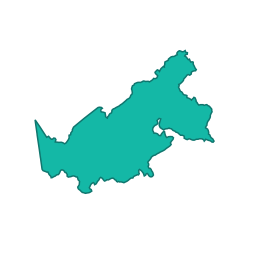 the district of Barra de São Francisco, Espírito Santo, Brazil, rotated 52°
{"feature_id": "56859067B7430516791214", "entity_name": "Barra de São Francisco", "entity_type": "district", "adm_level": 2, "iso_a3": "BRA", "parent_name": "Brazil", "parent_adm1": "Espírito Santo", "projection": "robinson", "projection_center": [-40.814, -18.663], "detail": "fine", "context": "isolated", "style": "filled", "palette": "teal", "viewbox_px": 256, "rotation_deg": 52, "n_neighbors": 0, "source": "geoboundaries", "source_scale": "gbopen_adm2", "svg_char_len": 5648}
<svg xmlns="http://www.w3.org/2000/svg" viewBox="0 0 256 256"><g transform="rotate(52 128 128)"><path d="M64.4,196.2L67.1,197.8L68.5,198.6L76.7,203.3L77.6,203.9L85.0,208.1L88.0,209.8L90.3,211.1L93.4,212.9L95.8,214.3L97.2,215.1L98.7,215.9L100.5,217.0L107.6,221.1L109.2,221.2L110.3,220.6L111.7,219.7L112.8,219.1L113.5,218.2L114.7,218.5L116.1,218.8L117.5,218.7L118.6,218.6L119.9,219.2L120.5,218.1L120.6,216.6L121.1,215.0L121.0,213.0L121.8,211.7L121.6,210.4L121.0,209.1L120.1,207.6L120.0,206.4L120.8,205.4L122.0,204.8L123.0,204.9L124.2,205.0L124.9,204.3L126.3,204.5L127.4,204.5L128.3,205.6L129.9,205.3L130.6,204.0L131.2,202.9L131.6,201.5L132.3,200.3L133.5,199.5L134.5,199.1L135.4,198.2L136.5,198.5L138.1,199.2L139.4,199.0L140.5,199.2L141.2,200.0L142.6,201.2L143.2,202.7L143.6,204.0L144.5,204.4L145.5,204.6L146.5,204.4L147.5,204.1L148.6,204.0L150.6,203.7L151.8,202.7L153.2,201.8L154.0,200.3L155.0,198.5L155.3,197.1L155.4,195.4L153.8,194.9L152.5,195.5L151.2,195.2L150.5,193.7L149.7,192.2L149.4,190.9L149.6,189.0L150.6,188.7L152.1,189.2L152.4,187.6L152.0,186.4L151.3,184.9L151.2,183.7L150.9,182.6L150.2,181.5L150.1,179.9L151.3,179.4L152.3,179.2L153.9,179.3L155.3,179.2L155.8,177.9L155.7,176.7L156.9,175.2L157.1,173.8L157.3,172.5L157.8,171.3L158.7,170.4L159.7,170.3L160.7,170.2L161.9,169.6L163.0,169.9L164.1,169.4L164.3,168.3L165.4,167.8L166.1,166.7L167.1,165.9L168.6,164.9L168.9,163.4L169.3,161.8L169.4,160.1L169.3,158.3L169.3,156.5L170.4,154.9L169.8,153.7L169.8,152.5L170.3,150.8L170.5,149.5L171.4,148.6L170.9,147.2L169.9,147.0L168.9,146.2L168.0,145.7L167.7,144.5L168.9,144.0L170.5,143.7L173.3,143.8L174.3,144.2L175.8,144.7L176.0,143.1L175.4,142.2L175.6,140.9L176.7,140.7L178.1,140.9L179.5,140.8L180.7,140.0L181.2,138.6L180.7,136.9L179.4,136.3L178.1,135.8L176.3,135.7L174.9,135.3L173.6,135.3L172.9,136.2L171.8,136.1L170.5,135.7L170.0,134.5L168.9,133.8L167.4,133.6L166.8,132.7L166.7,131.5L166.4,130.3L166.1,128.9L165.4,127.7L165.3,126.1L165.5,124.5L166.1,123.3L166.2,122.0L166.3,120.5L166.7,118.9L166.8,117.5L167.2,115.9L167.6,114.0L167.8,112.4L167.7,111.2L167.7,109.9L167.8,108.6L167.9,107.0L167.9,105.5L167.5,104.1L165.9,103.8L165.2,102.1L164.9,100.8L164.7,99.6L163.7,98.2L162.0,98.5L160.8,99.9L159.8,101.4L159.4,103.3L158.0,103.4L156.1,102.8L154.5,102.1L153.6,101.5L152.7,101.8L152.8,103.3L153.1,104.6L153.5,105.9L154.1,106.9L153.1,108.1L152.0,108.3L150.9,108.3L150.0,108.8L149.0,109.5L148.1,110.7L146.7,110.3L144.9,110.0L144.1,109.2L143.3,108.3L142.7,106.5L142.6,104.9L142.9,103.9L142.9,102.1L141.7,101.0L140.0,100.5L139.7,98.8L139.6,97.6L141.0,96.6L142.2,98.4L143.3,99.9L144.1,100.9L145.4,101.9L147.5,102.4L149.1,101.9L150.3,101.5L151.5,100.9L151.7,99.1L152.4,98.0L153.0,97.0L153.3,95.7L154.3,95.3L155.3,94.3L157.7,94.0L159.3,93.0L160.8,92.8L161.8,92.0L163.2,91.5L164.5,91.4L166.1,91.0L167.1,89.7L168.6,88.8L169.8,89.2L170.5,90.0L171.8,89.5L172.9,89.0L173.7,88.3L174.0,86.6L175.0,85.8L176.2,85.2L177.4,84.4L178.4,83.2L178.9,81.2L180.0,79.7L180.6,78.1L181.4,77.2L182.1,76.4L183.2,75.9L184.2,75.7L185.3,76.0L185.1,74.8L184.7,73.8L185.6,73.1L187.1,72.3L188.8,71.0L190.8,70.5L191.6,69.6L191.3,68.3L189.9,68.1L188.5,67.9L187.2,68.4L185.8,68.4L183.8,67.8L182.4,68.3L181.4,67.3L180.3,66.7L179.3,66.3L178.0,66.0L176.9,66.3L175.6,66.8L174.8,65.8L174.4,64.1L173.2,63.1L172.5,62.0L171.9,61.1L171.7,59.8L171.1,58.5L170.5,57.1L169.8,56.2L168.6,55.2L167.6,53.4L167.0,51.8L165.7,51.2L164.7,50.4L162.7,50.4L161.0,50.5L159.4,51.3L158.1,51.5L157.4,52.9L157.0,54.1L155.8,54.5L155.0,55.6L154.2,56.6L153.6,58.0L152.1,58.2L150.4,57.9L149.1,58.0L148.2,57.4L147.1,57.0L145.4,56.6L144.4,57.2L144.8,58.4L144.8,59.5L145.1,60.8L143.5,61.1L142.1,61.7L141.2,62.3L140.3,62.9L138.7,61.6L137.7,62.2L136.6,63.3L135.2,63.7L133.6,63.4L132.5,63.5L131.4,64.1L130.0,63.8L128.9,63.5L127.9,63.3L126.8,63.0L126.3,61.7L124.9,61.2L125.3,59.9L125.2,58.3L125.0,56.4L124.6,55.0L123.7,53.8L123.4,51.9L123.1,50.4L122.7,49.1L122.9,47.7L124.4,46.8L124.4,44.9L123.1,43.9L123.1,42.4L123.5,41.0L124.5,39.5L124.0,38.2L122.5,38.3L120.8,37.9L119.5,37.6L118.2,37.4L117.1,36.8L116.3,36.1L115.3,36.7L114.8,37.9L113.1,37.7L111.6,37.2L111.3,38.4L109.8,38.5L108.4,38.3L107.3,38.6L106.2,39.0L105.7,37.7L106.4,35.9L105.2,34.8L104.1,35.9L102.2,35.3L102.1,36.8L101.6,38.0L100.8,38.7L99.8,39.1L98.7,40.1L98.6,41.8L99.1,43.4L100.6,44.1L100.2,45.2L100.2,46.4L99.9,47.8L99.1,48.8L98.5,50.3L98.5,51.9L98.6,53.7L99.4,54.7L99.1,56.2L98.7,58.2L99.8,59.3L100.8,60.1L101.1,61.1L102.3,61.8L101.3,62.6L101.5,65.4L102.1,66.8L102.8,68.4L101.5,68.4L100.2,69.1L100.4,70.6L100.7,72.4L101.9,72.8L103.1,72.7L105.0,72.4L105.8,73.4L106.3,74.6L105.9,76.2L104.7,77.3L105.1,78.6L105.1,80.0L105.0,81.2L104.8,82.8L103.8,83.2L103.0,84.2L102.3,85.4L101.3,86.1L100.4,87.0L100.2,88.6L99.8,90.1L98.7,91.3L97.9,92.6L97.5,94.1L97.1,95.6L97.8,96.9L97.5,98.5L98.4,99.9L99.4,101.2L100.8,101.7L102.8,102.8L103.7,103.8L103.9,105.5L104.6,106.7L105.2,107.7L105.3,108.9L105.1,110.0L104.9,111.2L105.1,112.8L105.2,114.8L105.3,116.7L105.3,118.4L105.1,119.6L105.2,121.3L104.9,122.9L104.5,124.8L104.4,126.3L103.9,128.0L104.1,129.7L105.2,130.7L105.9,131.8L105.6,133.3L105.9,134.7L106.5,135.7L106.6,136.9L107.4,138.2L106.2,138.6L104.9,138.5L104.1,137.8L103.1,137.4L102.0,136.7L101.1,137.2L100.1,137.9L98.8,139.2L97.5,138.8L96.6,137.7L96.7,136.1L95.6,136.2L94.8,136.9L93.9,137.9L93.4,139.1L93.4,156.3L93.8,170.4L95.1,172.9L96.1,173.7L96.7,176.1L98.0,177.4L97.4,178.9L99.7,180.6L100.5,182.3L101.1,184.2L101.6,186.0L101.4,187.7L99.5,188.4L98.2,189.3L96.8,191.3L96.0,192.1L94.2,193.9L92.7,191.9L91.2,191.8L90.2,192.7L90.3,194.4L89.7,195.3L88.1,195.6L85.6,195.7L85.3,197.8L72.8,196.7L66.5,196.3L64.4,196.2Z" fill="#14b8a6" stroke="#0f766e" stroke-width="1.5"/></g></svg>